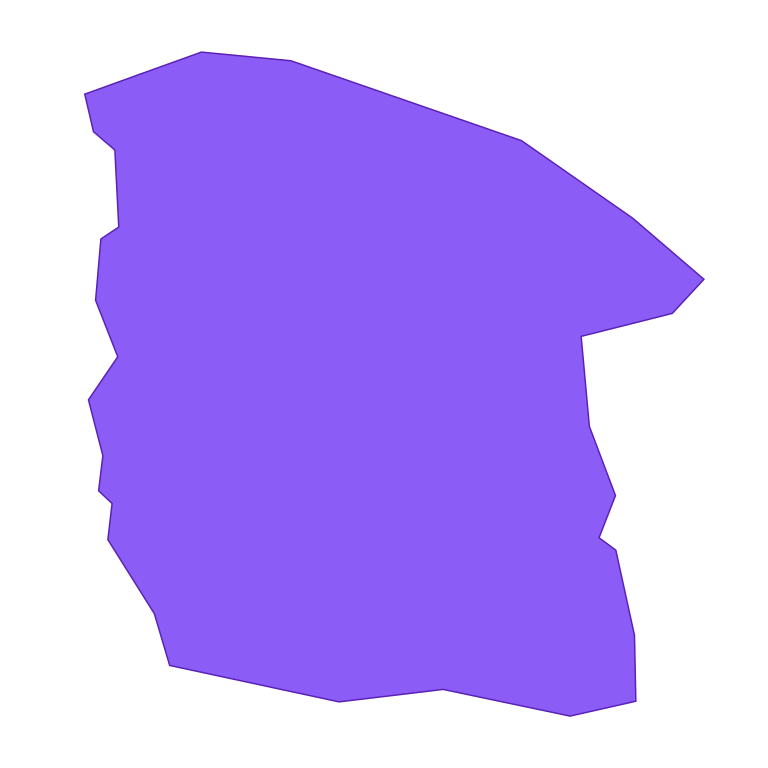 the district of Alexander, North Carolina, United States of America, rotated 273°
{"feature_id": "52423323B44414006635896", "entity_name": "Alexander", "entity_type": "district", "adm_level": 2, "iso_a3": "USA", "parent_name": "United States of America", "parent_adm1": "North Carolina", "projection": "mercator", "projection_center": [-81.171, 35.911], "detail": "fine", "context": "isolated", "style": "filled", "palette": "violet", "viewbox_px": 768, "rotation_deg": 273, "n_neighbors": 0, "source": "geoboundaries", "source_scale": "gbopen_adm2", "svg_char_len": 557}
<svg xmlns="http://www.w3.org/2000/svg" viewBox="0 0 768 768"><g transform="rotate(273 384 384)"><path d="M505.3,698.0L562.5,623.8L634.2,508.6L701.9,274.2L705.9,184.3L687.6,140.7L680.5,123.8L657.8,70.0L620.7,80.7L603.5,103.0L526.9,110.9L514.0,93.7L452.5,91.6L397.3,116.7L352.7,89.7L297.7,107.0L262.4,104.6L250.4,118.7L214.1,116.4L142.6,166.7L91.7,184.7L64.2,355.7L82.1,458.9L62.1,587.1L80.4,652.1L146.1,647.3L230.2,624.2L241.7,606.8L284.7,621.0L352.4,591.3L441.9,578.4L469.6,668.2L505.3,698.0Z" fill="#8b5cf6" stroke="#5b21b6" stroke-width="1.5"/></g></svg>